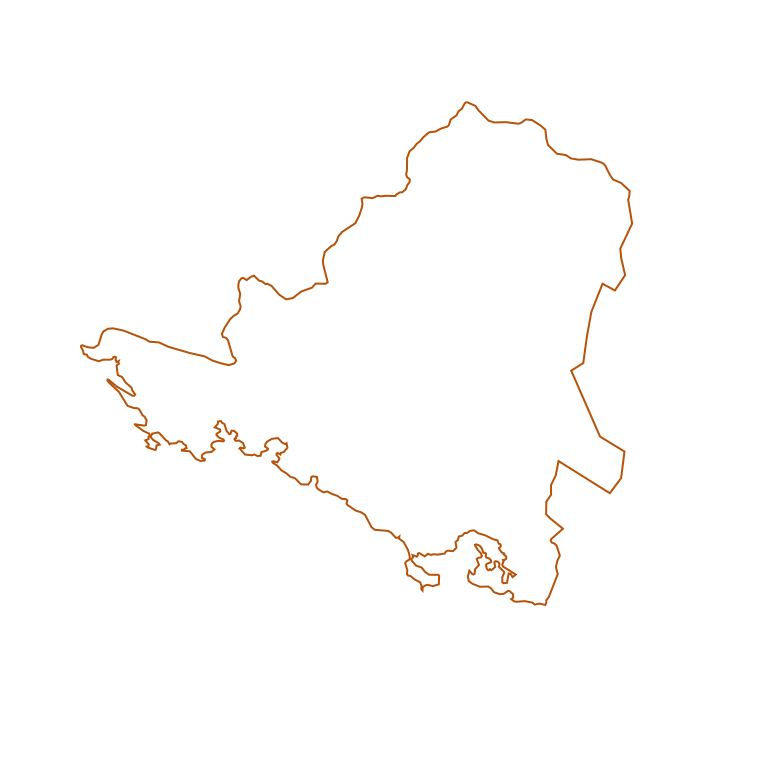 the district of Moho, Puno, Peru, rotated 346°
{"feature_id": "86281439B65851578200644", "entity_name": "Moho", "entity_type": "district", "adm_level": 2, "iso_a3": "PER", "parent_name": "Peru", "parent_adm1": "Puno", "projection": "natural_earth1", "projection_center": [-69.471, -15.35], "detail": "fine", "context": "isolated", "style": "outline", "palette": "amber", "viewbox_px": 768, "rotation_deg": 346, "n_neighbors": 0, "source": "geoboundaries", "source_scale": "gbopen_adm2", "svg_char_len": 6163}
<svg xmlns="http://www.w3.org/2000/svg" viewBox="0 0 768 768"><g transform="rotate(346 384 384)"><path d="M116.4,276.9L110.9,278.7L105.4,276.6L100.7,273.5L99.5,273.5L98.9,274.8L100.0,278.5L99.9,282.4L102.8,283.6L103.1,285.8L105.6,288.5L112.8,292.9L117.5,292.5L124.3,294.2L126.6,293.9L128.0,292.4L129.6,292.4L130.4,293.3L129.4,295.4L129.8,298.0L132.1,297.5L131.5,298.4L131.7,300.2L129.0,301.3L127.9,310.9L131.6,314.0L133.6,320.0L138.1,326.4L138.2,329.3L140.1,334.0L138.6,335.0L137.2,334.6L124.1,321.9L117.8,313.2L116.9,312.8L116.5,313.6L117.6,316.3L125.0,327.7L129.9,343.2L135.7,346.9L139.1,347.9L140.6,350.0L142.0,355.6L143.8,357.9L144.9,361.9L143.0,366.3L141.3,366.4L131.9,362.5L139.0,371.2L144.2,375.4L144.2,377.7L142.7,378.3L142.1,380.6L138.7,380.9L141.1,385.7L140.2,387.7L138.7,387.4L139.1,388.2L145.8,392.6L146.8,392.4L148.4,388.6L151.7,388.6L150.8,386.7L146.5,382.4L144.7,378.9L147.1,376.1L152.9,376.3L154.2,377.4L158.7,385.8L160.4,387.4L161.3,390.6L162.2,390.1L168.0,391.2L170.7,389.8L174.0,391.3L174.8,393.4L177.1,395.9L176.8,398.5L175.0,398.5L174.0,399.4L172.1,398.9L171.8,399.8L179.3,402.3L183.4,411.2L187.1,414.2L191.1,414.9L192.0,414.3L191.7,413.1L189.5,412.0L189.8,409.8L190.7,408.6L194.3,407.3L200.1,408.2L203.7,406.4L201.4,403.3L201.9,401.0L203.0,399.9L205.1,399.0L209.6,399.1L214.2,400.8L215.0,400.4L214.8,399.0L211.4,396.5L209.1,393.2L209.5,391.8L213.8,390.4L213.9,388.4L209.3,385.1L213.0,382.6L213.9,380.2L216.9,380.6L217.4,382.3L219.5,384.3L219.9,391.4L221.8,395.3L222.9,395.4L224.8,392.4L227.2,393.2L229.5,396.5L229.0,398.8L227.8,399.1L227.4,400.6L225.9,400.8L225.5,401.7L226.4,403.3L229.7,403.8L232.9,407.1L233.5,412.1L232.2,412.5L229.3,411.0L228.2,411.5L232.2,418.9L238.6,421.2L241.3,421.1L243.7,423.2L246.9,423.8L248.6,420.4L253.1,420.3L255.6,419.4L255.7,418.5L253.4,415.8L254.7,413.1L256.8,411.6L261.9,410.1L268.0,410.8L271.1,416.4L273.7,418.5L275.1,417.9L274.9,422.5L270.4,425.7L267.2,425.9L266.4,427.4L264.2,425.2L263.0,425.4L262.6,427.0L264.5,430.7L264.1,431.8L261.6,434.1L257.6,432.1L256.8,432.3L257.0,433.5L260.5,437.1L263.6,443.0L268.0,447.4L270.6,451.3L274.9,454.0L279.2,461.3L286.0,463.2L289.7,460.3L290.9,456.7L292.8,456.4L296.4,457.9L296.0,462.8L293.6,465.5L293.7,468.3L294.5,469.9L298.9,474.4L303.0,474.6L307.0,478.2L311.5,481.1L315.4,485.3L319.4,486.6L320.3,488.4L318.8,490.5L319.1,492.4L326.2,500.2L330.7,502.9L334.0,506.5L337.2,519.8L339.7,523.2L352.5,527.6L355.0,530.0L358.3,536.1L360.2,536.5L362.0,535.7L361.2,537.7L364.9,542.2L367.1,550.9L367.3,555.5L367.1,558.6L366.2,560.4L362.6,561.6L361.2,562.9L361.6,570.3L360.3,574.1L360.8,575.5L363.3,576.8L366.4,581.0L371.0,585.1L371.6,588.8L370.6,592.0L371.4,593.7L372.4,590.5L375.6,589.4L377.7,589.4L382.4,591.9L388.7,591.7L391.1,583.4L390.5,582.3L381.7,580.0L378.4,576.3L376.0,571.0L371.3,568.2L368.1,562.1L368.4,560.4L370.3,559.2L370.3,556.9L374.1,559.5L375.3,558.5L375.8,556.7L377.2,556.5L381.9,561.1L385.4,559.4L388.3,561.2L391.1,561.2L394.6,562.5L401.9,563.2L403.7,561.4L405.5,561.1L410.5,562.9L414.7,560.4L415.2,554.5L417.9,553.3L419.7,550.1L423.3,550.0L426.1,548.1L428.6,548.6L431.8,547.3L435.8,547.7L439.4,551.7L445.7,555.4L452.6,561.2L456.2,563.1L456.7,566.7L458.1,567.6L458.3,568.8L457.8,570.0L455.7,571.2L457.4,575.9L459.6,577.5L458.9,578.2L460.9,580.9L460.3,583.1L458.5,583.9L456.9,583.6L457.0,585.3L455.0,587.8L455.3,589.9L465.8,600.8L462.0,602.5L461.0,599.0L459.2,598.0L455.2,606.6L452.3,606.4L450.8,605.2L452.0,600.1L455.0,596.2L454.9,595.0L451.3,589.1L452.5,586.5L452.2,585.1L451.0,583.6L449.0,582.9L447.9,583.9L447.7,588.4L443.2,590.7L442.1,589.3L440.6,590.1L439.8,589.6L439.0,588.0L439.2,584.2L440.3,583.4L444.9,582.7L445.2,581.0L443.8,578.7L441.3,577.1L441.0,575.7L442.0,573.5L441.3,572.3L439.6,571.8L439.1,567.1L437.7,564.0L434.7,561.9L433.5,562.0L433.4,562.9L434.7,567.5L437.1,571.7L437.3,574.6L436.1,575.7L433.4,575.5L431.6,576.3L432.4,582.6L427.7,585.6L426.0,590.0L424.7,590.5L423.7,589.8L421.7,585.8L418.8,591.0L418.6,595.9L421.9,599.6L428.2,604.0L436.1,605.7L438.2,607.9L440.4,612.7L445.6,616.0L449.4,616.6L454.3,614.7L455.8,615.4L458.4,619.1L457.6,622.7L455.4,623.5L457.6,626.3L459.6,627.3L467.9,628.7L475.1,632.0L476.9,634.5L481.5,634.6L487.1,637.4L488.4,635.9L489.2,633.1L492.3,630.7L506.6,610.5L506.5,603.3L509.5,597.3L513.1,593.1L512.4,582.7L510.9,580.1L508.2,578.2L507.9,576.1L508.8,574.9L522.6,567.7L512.8,554.7L509.8,549.7L513.0,537.5L519.3,531.9L521.6,522.4L528.5,514.3L534.7,501.0L576.7,544.6L591.3,532.7L601.0,507.7L580.9,487.3L568.9,416.3L582.4,411.9L592.2,387.4L602.6,364.3L620.3,339.6L630.7,349.1L644.3,336.7L644.6,319.7L646.0,309.9L663.6,288.3L665.5,264.3L667.4,261.1L669.1,256.1L662.7,246.3L655.6,240.9L653.6,235.1L651.6,226.1L650.5,223.6L648.5,221.7L639.4,216.0L626.9,213.4L619.9,210.3L615.9,205.9L607.4,202.3L601.0,191.7L600.9,185.4L602.1,176.3L598.7,171.4L591.6,163.8L585.7,161.6L579.7,163.9L577.5,164.0L565.5,159.4L554.5,157.0L549.1,153.7L541.9,141.3L540.0,136.3L532.8,130.7L531.7,130.6L530.1,131.3L526.2,135.8L522.4,137.3L519.2,141.0L512.7,143.4L509.8,148.2L508.1,149.5L500.7,150.0L495.1,151.5L488.6,150.7L482.1,153.9L477.8,157.1L473.6,159.0L470.3,161.8L465.1,164.4L461.1,170.3L458.0,182.1L456.2,186.0L456.4,188.9L458.4,191.2L458.4,192.5L457.6,194.4L454.9,196.5L452.1,200.5L447.8,202.4L445.8,201.9L441.6,203.2L440.6,204.4L431.3,201.8L426.6,201.3L423.6,199.8L417.9,200.9L410.3,198.1L407.1,198.8L406.7,204.1L405.2,207.5L400.7,214.6L395.2,221.0L380.2,226.3L375.6,229.5L372.7,233.9L369.8,236.6L366.2,237.4L358.5,241.5L354.5,249.5L353.9,253.9L354.0,271.7L351.4,272.6L342.0,270.0L337.4,273.1L325.8,274.3L316.4,278.6L309.4,278.1L303.8,271.8L298.6,261.6L295.1,258.5L293.4,258.5L290.2,254.8L287.8,253.5L284.0,247.4L280.9,247.8L275.9,249.9L272.9,246.9L271.0,247.1L268.2,249.4L266.9,251.9L265.9,255.6L266.3,261.7L263.4,268.7L263.7,273.9L262.4,276.8L258.8,280.3L254.8,281.4L250.5,283.8L243.3,290.5L238.8,296.1L239.1,299.4L241.9,301.1L243.2,303.7L243.8,319.7L244.2,321.3L245.7,322.9L246.2,325.6L243.9,327.8L237.8,328.1L230.1,324.1L223.3,319.8L216.6,313.8L202.6,306.7L183.7,295.7L175.7,289.2L166.6,286.2L163.5,282.9L144.1,269.1L134.7,264.5L129.4,263.6L124.5,265.1L122.1,267.6L116.4,276.9Z" fill="none" stroke="#b45309" stroke-width="2"/></g></svg>